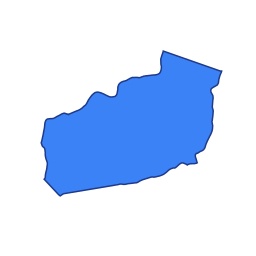 La Perle, Choiseul, Saint Lucia, rotated 203°
{"feature_id": "8701671B71036629686729", "entity_name": "La Perle", "entity_type": "district", "adm_level": 2, "iso_a3": "LCA", "parent_name": "Saint Lucia", "parent_adm1": "Choiseul", "projection": "mercator", "projection_center": [-61.02, 13.765], "detail": "fine", "context": "isolated", "style": "filled", "palette": "blue", "viewbox_px": 256, "rotation_deg": 203, "n_neighbors": 0, "source": "geoboundaries", "source_scale": "gbopen_adm2", "svg_char_len": 3745}
<svg xmlns="http://www.w3.org/2000/svg" viewBox="0 0 256 256"><g transform="rotate(203 128 128)"><path d="M50.7,123.0L50.9,123.2L51.7,124.2L52.7,125.5L54.7,127.8L55.6,129.6L55.5,130.4L54.8,131.6L54.0,132.1L52.5,134.4L50.6,136.4L49.9,137.7L49.5,139.7L49.9,143.5L49.9,146.7L49.6,152.4L49.4,154.0L49.4,157.4L49.8,159.9L50.9,163.1L51.6,164.2L53.3,166.8L53.4,167.9L54.9,173.1L56.3,177.2L58.6,180.2L60.8,186.8L61.3,188.7L62.4,190.8L63.3,191.6L65.8,193.6L66.7,195.5L66.6,197.0L65.4,198.8L62.6,202.5L62.4,204.8L62.9,206.6L63.3,207.8L63.9,212.2L63.9,216.1L64.0,217.0L64.5,216.9L65.2,216.5L125.6,212.6L125.4,211.6L125.4,210.9L125.3,210.5L125.3,209.6L125.2,208.5L125.1,207.3L125.0,206.6L125.0,206.2L124.7,204.1L124.3,203.2L123.8,202.2L123.3,201.1L122.9,200.2L122.5,199.4L121.8,198.4L121.4,198.0L121.0,196.9L120.7,196.3L120.5,195.4L120.2,194.2L120.2,193.9L120.1,192.9L120.1,192.2L120.2,191.4L120.4,190.7L120.8,190.0L121.2,189.4L121.9,188.8L122.3,188.4L123.0,188.0L123.7,187.5L124.9,186.9L125.7,186.5L126.4,186.2L126.8,185.9L127.6,185.4L128.4,184.9L129.2,184.6L130.0,184.0L130.8,183.6L131.6,183.2L132.2,182.8L132.8,182.4L133.7,181.9L134.1,181.5L134.9,180.8L135.6,180.2L136.2,179.5L136.7,179.1L137.2,178.7L138.0,178.5L138.6,178.4L140.0,177.9L141.1,177.4L141.9,177.0L142.5,176.7L143.2,176.5L143.9,176.1L144.9,175.1L145.4,174.6L145.9,173.8L146.6,173.1L147.1,172.4L147.7,171.5L148.2,171.0L149.1,170.2L149.6,169.8L150.3,169.3L150.9,168.8L151.8,167.9L152.2,167.4L152.6,166.8L153.1,165.7L153.4,164.9L153.5,163.7L153.4,163.2L153.4,162.1L153.2,161.4L153.0,160.8L152.8,160.4L152.4,159.4L152.2,158.2L151.9,157.1L151.7,156.1L151.5,155.3L151.5,154.3L151.7,153.3L152.0,152.5L152.1,152.2L153.4,151.2L154.2,150.7L155.5,150.0L156.5,149.7L157.8,149.5L160.7,149.6L163.3,149.8L166.6,149.8L167.9,149.6L168.8,149.5L170.0,149.2L170.9,148.7L172.1,147.8L172.6,147.0L173.2,146.0L173.6,145.0L174.0,144.2L174.2,143.6L174.4,142.6L174.7,141.5L175.0,140.2L175.2,139.1L175.4,138.3L175.5,136.2L175.6,135.0L175.7,134.1L175.9,133.1L176.3,132.0L176.9,131.1L177.4,130.1L177.5,129.7L178.0,128.6L178.4,127.8L179.1,126.8L179.8,125.8L180.6,124.9L182.1,123.5L186.2,119.3L187.1,118.3L187.6,117.9L188.3,117.4L188.9,117.2L189.6,117.1L189.4,117.0L191.3,116.8L191.0,117.0L191.7,116.9L192.1,116.8L192.6,116.7L193.6,115.9L194.6,114.9L196.0,113.0L198.1,110.6L199.0,109.3L199.7,108.4L200.4,107.7L201.0,107.3L201.9,106.8L203.3,106.2L204.5,105.5L205.5,104.9L206.0,104.4L206.4,103.6L206.5,103.3L206.6,102.7L206.6,102.1L206.6,101.7L206.5,101.0L206.4,100.1L206.1,99.1L205.5,97.2L204.9,95.1L204.3,92.1L203.4,88.3L203.2,87.1L202.8,84.9L202.3,82.4L202.2,80.9L202.0,80.4L201.7,79.9L201.3,79.5L200.8,79.0L200.2,78.3L199.8,77.9L199.2,77.6L198.0,77.2L197.2,76.9L196.8,76.6L196.3,76.0L195.9,75.4L195.5,74.7L195.2,74.1L194.7,73.4L194.4,72.7L194.1,71.8L193.7,71.1L193.5,70.6L193.0,69.8L192.6,69.2L191.9,68.2L191.4,67.5L190.9,67.0L190.2,66.2L189.4,65.4L189.0,64.9L188.6,64.3L188.1,63.1L187.8,62.2L187.7,61.6L187.3,60.2L187.1,59.8L187.0,59.1L186.8,58.4L186.6,57.3L186.4,56.2L186.3,55.2L186.0,53.9L185.8,53.0L185.6,52.2L185.3,51.3L184.9,50.4L184.8,49.7L184.9,49.0L185.2,48.1L166.0,39.6L163.9,39.0L161.7,42.3L116.0,71.4L115.1,71.9L114.1,72.8L113.1,73.4L112.3,73.8L110.6,74.2L109.9,74.4L108.7,75.0L107.2,76.0L106.3,76.7L104.1,77.9L100.3,80.1L98.6,81.0L97.6,82.1L96.4,83.8L95.9,84.4L94.3,86.1L92.2,87.9L91.6,88.4L90.3,89.5L88.9,90.7L87.3,92.0L86.6,92.4L84.9,92.9L82.9,94.2L82.3,94.7L80.2,96.2L78.5,97.8L77.1,99.3L75.4,102.2L74.4,104.4L73.6,106.0L72.4,107.4L70.9,108.7L70.4,109.1L69.4,109.4L68.9,109.9L68.1,111.3L66.9,114.0L66.2,115.3L65.4,116.3L64.6,117.1L63.0,117.4L61.5,117.4L60.2,117.4L59.0,117.1L58.7,117.7L57.5,118.8L56.4,119.6L52.8,121.2L51.2,122.4L50.7,123.0Z" fill="#3b82f6" stroke="#1e3a8a" stroke-width="1.5"/></g></svg>